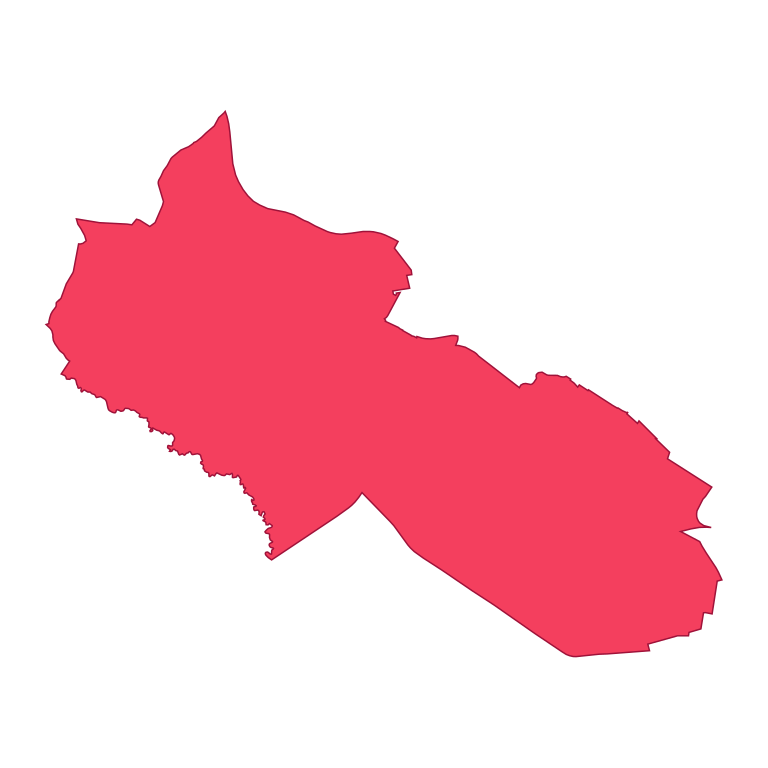 the district of Cumberland, New South Wales, Australia
{"feature_id": "25037944B74007778337807", "entity_name": "Cumberland", "entity_type": "district", "adm_level": 2, "iso_a3": "AUS", "parent_name": "Australia", "parent_adm1": "New South Wales", "projection": "natural_earth1", "projection_center": [150.958, -33.837], "detail": "fine", "context": "isolated", "style": "filled", "palette": "rose", "viewbox_px": 768, "rotation_deg": 0, "n_neighbors": 0, "source": "geoboundaries", "source_scale": "gbopen_adm2", "svg_char_len": 6065}
<svg xmlns="http://www.w3.org/2000/svg" viewBox="0 0 768 768"><path d="M46.1,324.5L50.3,328.5L51.9,330.9L52.9,334.8L52.9,337.1L53.4,340.5L55.0,343.8L59.4,350.2L60.3,351.2L63.6,353.8L66.3,358.3L68.2,360.2L69.7,361.1L61.2,374.0L65.0,375.7L66.0,377.2L66.4,378.8L66.8,379.1L69.8,379.3L71.2,378.1L74.4,378.6L74.9,379.0L75.9,380.4L76.8,384.3L77.6,385.9L78.0,387.8L78.9,388.3L80.3,387.5L81.2,388.2L81.3,388.9L80.9,390.7L81.4,391.8L81.9,391.9L83.7,390.2L84.5,390.0L87.7,392.0L90.2,392.1L91.7,393.6L94.5,394.6L95.1,395.2L96.0,397.0L96.6,397.5L100.6,396.6L105.0,399.3L105.7,400.1L106.5,401.7L108.0,408.2L108.6,409.8L109.7,410.8L112.4,412.3L114.2,412.8L115.3,412.7L115.8,412.1L116.4,410.3L117.2,409.8L118.1,409.9L120.9,411.3L123.0,410.9L123.7,410.3L124.8,408.6L125.3,408.3L128.3,408.5L129.3,408.9L131.1,410.3L133.5,410.0L135.4,410.9L136.8,412.3L139.5,413.9L139.8,414.6L139.2,416.4L139.5,416.9L140.6,417.3L142.2,417.4L143.4,417.9L146.6,417.9L147.5,418.3L147.3,420.8L148.0,421.4L148.6,421.5L148.9,422.1L149.0,424.1L148.6,426.8L149.0,427.3L150.6,427.8L151.2,428.7L151.1,429.1L149.9,430.7L150.2,431.6L151.6,431.6L152.6,430.8L152.8,430.2L152.1,428.5L152.8,428.0L156.7,430.2L159.5,430.9L161.5,433.0L162.7,433.8L163.1,433.7L163.7,432.3L164.5,432.0L168.8,434.7L169.5,434.6L170.5,433.5L171.3,433.5L172.8,434.7L173.8,436.1L174.4,437.2L174.6,438.5L174.1,440.7L172.6,442.6L172.6,445.3L172.3,445.8L171.0,446.1L168.6,445.5L168.0,445.6L167.8,446.1L167.6,447.2L168.1,448.3L170.4,449.7L169.5,451.3L170.8,451.5L171.7,451.2L172.4,450.7L173.1,449.3L174.3,449.2L175.8,450.6L177.5,451.0L178.8,454.4L179.6,455.0L182.4,453.8L183.8,454.9L184.7,455.1L186.2,453.5L187.0,453.0L187.9,453.0L189.1,451.8L189.8,451.6L190.5,451.9L191.7,454.1L192.2,454.5L193.3,454.5L197.4,453.7L199.7,454.4L200.6,455.5L201.5,458.9L202.5,460.6L202.3,461.4L200.9,461.9L200.6,463.1L201.5,464.1L202.5,464.4L203.2,465.1L203.5,466.2L203.1,468.4L203.3,468.8L204.4,469.2L204.4,470.4L204.6,470.9L206.6,472.2L208.1,472.4L208.6,472.8L208.9,473.7L208.9,476.0L209.3,476.5L210.2,476.5L211.7,475.2L212.5,474.9L214.5,475.9L216.0,473.6L216.9,472.9L221.8,475.2L224.2,475.6L224.9,475.4L226.5,473.9L229.8,474.6L231.4,473.5L232.0,473.4L232.5,474.7L232.4,477.3L233.0,477.7L236.5,477.0L237.4,475.4L237.9,475.3L238.4,475.6L240.8,479.2L240.8,479.9L240.1,480.6L240.5,481.8L240.1,483.3L240.2,484.5L240.9,484.7L242.0,484.0L242.8,484.0L243.4,485.1L243.7,487.9L244.3,488.0L245.0,487.4L245.5,487.8L245.6,488.4L243.9,491.6L244.0,492.8L244.8,493.3L246.4,492.8L246.9,492.9L248.9,495.0L252.5,496.9L253.7,498.5L254.0,499.7L253.9,500.1L252.9,500.5L251.8,499.5L251.6,499.7L251.5,500.7L251.7,501.7L252.5,502.9L252.7,504.2L255.0,504.9L256.2,505.7L255.9,506.4L254.0,506.8L253.7,507.1L253.7,509.0L254.1,510.1L254.7,510.6L257.5,510.1L258.6,510.5L259.2,511.9L258.9,514.3L261.1,515.7L262.3,512.3L263.1,511.7L264.1,511.8L265.1,513.9L263.9,515.5L263.3,517.1L264.8,518.4L265.0,519.2L264.5,519.8L263.2,520.0L263.0,520.6L265.6,522.0L265.9,522.8L266.1,524.7L268.0,524.9L269.4,523.6L272.2,525.6L272.2,526.2L271.8,527.0L270.8,527.6L268.3,528.4L266.5,530.0L265.0,531.7L265.2,532.4L266.0,533.2L268.6,533.6L269.4,534.2L269.6,534.8L269.5,537.5L270.3,539.9L272.5,541.5L272.4,542.2L270.0,543.4L269.4,544.0L269.2,544.6L269.3,545.6L270.1,546.9L271.3,547.6L273.0,547.9L273.5,548.4L273.1,549.2L272.1,549.8L271.7,550.5L271.5,554.0L270.9,554.2L270.2,554.0L268.1,552.3L267.2,552.0L265.8,552.4L265.3,553.2L265.5,554.4L266.1,555.4L268.3,557.6L271.6,559.9L337.0,516.2L348.4,508.0L351.7,505.3L355.0,502.0L358.7,497.4L362.0,492.6L390.0,521.4L393.8,525.6L407.9,545.0L410.6,548.1L414.3,551.6L423.2,558.0L442.2,570.3L472.4,590.9L493.6,604.7L535.1,633.7L561.9,651.7L566.2,654.4L569.6,655.7L573.1,656.5L576.0,656.6L599.1,654.2L607.2,653.9L649.5,650.7L647.8,644.1L677.5,635.8L688.5,635.8L689.0,632.4L700.9,628.9L703.5,612.8L705.4,612.6L712.1,613.9L717.2,581.1L721.9,579.9L718.4,572.2L715.9,567.6L706.1,552.8L702.0,546.1L699.7,541.6L680.6,531.5L690.9,528.9L699.4,527.4L706.4,527.2L711.2,527.5L703.8,525.6L700.0,523.1L698.5,521.3L697.2,518.5L696.7,516.5L696.6,513.7L697.0,510.8L702.9,499.2L705.5,496.4L711.8,487.1L667.5,458.8L669.6,452.3L655.7,438.8L656.7,438.6L639.0,420.9L637.5,423.4L626.9,413.9L627.7,412.6L627.3,412.3L626.6,412.6L622.2,410.6L617.9,407.9L617.4,408.2L612.3,405.2L588.5,389.8L588.0,390.6L579.3,384.9L577.7,387.1L574.2,383.2L570.1,380.1L570.7,379.1L566.2,376.3L564.5,376.9L562.9,377.0L560.4,376.6L557.4,375.4L548.5,375.3L546.8,374.9L542.1,372.2L538.8,372.6L537.8,373.1L536.4,374.5L536.1,376.3L536.5,378.0L536.4,378.6L533.7,382.6L532.3,383.9L530.9,384.5L525.7,383.5L523.2,383.8L520.8,385.1L519.4,387.7L478.6,356.1L476.5,353.8L474.4,352.2L465.3,347.2L458.5,345.5L455.7,345.4L457.7,340.1L457.9,338.7L457.9,336.2L454.6,335.5L451.7,335.5L434.4,338.5L430.6,338.9L425.7,338.7L422.4,338.2L416.9,336.5L416.6,337.8L414.0,336.4L411.5,335.8L411.5,335.5L402.6,330.5L402.7,330.1L400.0,328.8L398.5,327.5L385.3,321.3L385.6,320.3L384.4,318.8L386.4,317.4L387.8,315.5L400.1,292.5L396.3,293.1L396.5,293.9L395.7,295.4L393.4,294.2L392.8,291.0L409.7,288.2L406.7,275.4L411.8,274.6L411.2,270.1L394.4,248.2L398.1,241.5L393.5,239.0L385.5,235.2L381.0,233.5L373.5,231.8L369.9,231.5L363.0,231.5L351.3,233.2L341.4,234.2L336.1,233.8L330.1,232.5L327.4,231.6L315.0,225.9L308.0,222.0L304.1,220.5L293.7,214.9L285.3,212.1L267.7,208.6L259.6,205.0L253.4,201.3L247.8,195.8L243.0,189.5L238.5,181.7L235.6,175.0L232.8,163.7L229.8,131.9L228.7,123.8L227.0,116.5L225.2,111.4L224.0,112.9L218.8,117.6L214.3,125.9L205.9,133.1L201.6,137.3L196.4,141.5L193.7,142.6L193.3,143.4L188.6,146.7L180.9,150.0L172.4,157.0L171.0,158.5L167.3,165.5L163.5,170.7L161.0,176.3L158.8,180.1L158.3,181.7L158.2,183.1L158.5,184.8L163.5,201.6L162.4,205.7L155.1,222.6L149.8,226.5L139.8,220.2L136.5,219.2L131.9,224.8L127.0,224.1L99.5,222.7L76.4,218.9L77.9,224.2L80.7,228.3L84.6,235.4L86.2,240.8L83.0,243.3L80.3,244.0L78.6,243.9L73.4,271.4L72.8,272.9L66.3,283.8L61.0,298.3L59.1,300.3L59.0,300.0L56.4,302.5L56.2,303.4L56.2,305.4L55.9,306.8L52.5,311.3L50.9,314.2L49.8,317.7L48.9,321.6L48.9,323.6L46.1,324.5Z" fill="#f43f5e" stroke="#9f1239" stroke-width="1.5"/></svg>